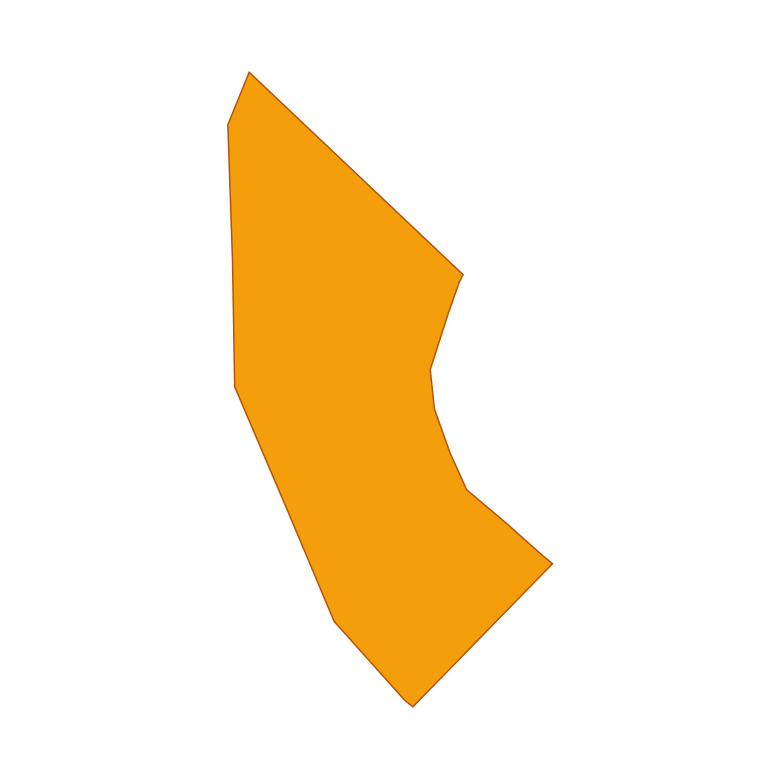 15, Ad Dawhah, Qatar, rotated 84°
{"feature_id": "91078587B20152806481978", "entity_name": "15", "entity_type": "district", "adm_level": 2, "iso_a3": "QAT", "parent_name": "Qatar", "parent_adm1": "Ad Dawhah", "projection": "albers", "projection_center": [51.541, 25.276], "detail": "fine", "context": "isolated", "style": "filled", "palette": "amber", "viewbox_px": 768, "rotation_deg": 84, "n_neighbors": 0, "source": "geoboundaries", "source_scale": "gbopen_adm2", "svg_char_len": 421}
<svg xmlns="http://www.w3.org/2000/svg" viewBox="0 0 768 768"><g transform="rotate(84 384 384)"><path d="M708.1,389.1L580.3,235.2L570.6,244.8L535.8,276.4L497.9,312.8L459.9,325.4L414.1,336.5L384.2,336.5L374.5,336.5L320.7,312.8L290.7,298.6L283.5,294.0L59.9,485.5L109.8,512.2L246.0,521.8L347.4,530.7L371.1,532.8L499.3,493.3L614.9,458.4L700.4,396.7L708.1,389.1Z" fill="#f59e0b" stroke="#b45309" stroke-width="1.5"/></g></svg>